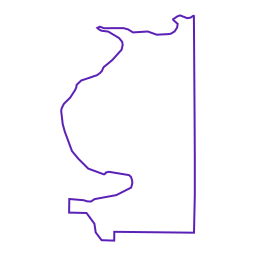 the district of Emmet, Michigan, United States of America
{"feature_id": "52423323B66436048113663", "entity_name": "Emmet", "entity_type": "district", "adm_level": 2, "iso_a3": "USA", "parent_name": "United States of America", "parent_adm1": "Michigan", "projection": "natural_earth1", "projection_center": [-84.945, 45.53], "detail": "fine", "context": "isolated", "style": "outline", "palette": "violet", "viewbox_px": 256, "rotation_deg": 0, "n_neighbors": 0, "source": "geoboundaries", "source_scale": "gbopen_adm2", "svg_char_len": 937}
<svg xmlns="http://www.w3.org/2000/svg" viewBox="0 0 256 256"><path d="M193.9,16.0L193.3,15.8L190.6,17.6L187.3,18.2L180.1,15.4L177.5,16.3L173.1,19.2L173.4,20.1L177.7,23.9L177.1,27.6L174.6,31.4L170.9,33.7L168.5,34.1L156.7,34.7L147.8,31.5L133.0,32.4L128.1,29.4L123.4,28.1L104.0,28.2L99.8,26.7L97.3,27.9L98.4,29.0L101.3,30.7L108.3,31.6L119.1,38.1L122.1,41.8L122.7,44.7L121.6,49.7L112.2,60.1L103.5,67.3L101.9,71.0L99.9,73.1L97.0,75.2L81.2,80.5L76.6,84.9L76.3,87.3L75.0,90.2L70.2,97.6L63.9,103.8L61.6,108.4L61.2,111.1L62.7,124.0L64.8,131.7L72.0,151.1L78.4,158.8L88.2,168.6L104.0,174.4L105.4,173.6L105.7,172.6L108.8,171.8L129.0,175.1L131.0,176.9L132.1,180.4L132.3,183.4L131.1,187.6L116.3,195.1L94.6,199.1L91.0,201.5L87.5,201.4L83.5,200.2L69.3,199.0L69.1,212.6L86.5,213.0L94.4,223.7L95.7,232.4L101.6,240.2L114.2,240.6L114.3,231.8L194.0,232.7L194.8,195.0L194.8,156.6L194.6,118.9L193.9,16.0Z" fill="none" stroke="#5b21b6" stroke-width="2"/></svg>